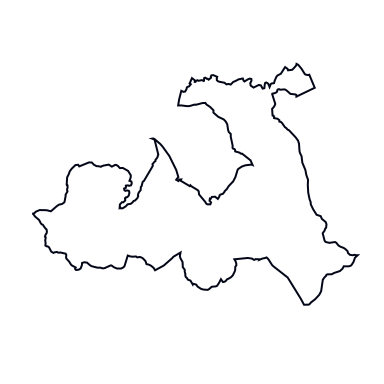 Xochiltepec, Puebla, Mexico, rotated 86°
{"feature_id": "50627088B32786455313367", "entity_name": "Xochiltepec", "entity_type": "district", "adm_level": 2, "iso_a3": "MEX", "parent_name": "Mexico", "parent_adm1": "Puebla", "projection": "albers", "projection_center": [-98.341, 18.653], "detail": "fine", "context": "isolated", "style": "outline", "palette": "ink", "viewbox_px": 384, "rotation_deg": 86, "n_neighbors": 0, "source": "geoboundaries", "source_scale": "gbopen_adm2", "svg_char_len": 5972}
<svg xmlns="http://www.w3.org/2000/svg" viewBox="0 0 384 384"><g transform="rotate(86 192 192)"><path d="M284.3,197.7L283.6,197.4L284.5,194.6L284.9,194.1L286.8,193.0L289.2,189.8L290.1,187.5L290.7,183.2L290.3,182.1L287.9,178.9L287.8,174.7L287.3,173.5L284.3,171.2L281.0,169.2L284.0,167.4L283.8,165.8L283.3,164.8L281.3,162.8L281.1,161.7L279.7,159.0L278.0,157.1L274.2,154.9L272.8,154.4L269.5,154.0L268.3,152.9L266.6,152.8L264.0,153.4L262.1,154.4L261.7,141.0L262.6,136.8L264.0,135.0L264.0,134.3L263.4,133.3L263.9,128.9L264.2,129.1L263.3,126.4L263.0,123.9L262.5,122.2L264.2,120.6L270.3,117.3L271.6,116.2L284.0,102.5L305.9,91.0L312.3,88.1L312.5,83.6L312.2,82.7L310.4,80.9L307.6,76.7L303.4,72.2L300.0,70.1L288.6,67.6L286.3,65.7L284.9,64.0L284.0,63.7L283.6,62.7L283.8,58.3L282.7,56.0L281.2,50.0L279.0,47.2L276.7,45.8L277.1,40.8L276.6,38.8L275.9,37.9L273.1,35.8L268.9,34.0L266.6,31.1L266.4,33.3L266.0,34.2L266.3,36.0L265.7,38.8L263.8,40.6L261.8,41.0L259.7,42.9L258.3,44.7L257.0,47.6L255.6,49.6L252.6,51.7L251.9,52.8L252.3,58.5L251.3,61.8L250.6,62.7L249.5,63.2L242.2,64.5L239.9,62.5L237.9,61.7L237.0,60.7L233.5,60.1L231.2,60.8L227.9,64.3L225.1,65.3L223.4,69.3L217.8,72.3L212.8,74.3L210.0,74.4L207.5,75.2L200.9,76.1L193.0,76.0L187.9,75.4L183.3,76.7L177.8,77.4L170.4,79.9L164.0,80.2L160.5,81.6L158.6,81.9L151.3,81.9L148.2,82.6L144.7,84.8L137.1,91.0L136.4,92.3L134.7,93.6L133.8,94.8L129.4,97.4L128.2,98.6L127.9,99.9L126.4,99.9L125.9,100.4L124.9,101.6L124.0,105.0L122.8,104.8L122.3,105.3L121.6,105.3L121.3,106.3L114.7,106.3L112.7,104.3L110.8,103.1L109.9,102.8L99.9,105.2L99.5,105.0L99.2,102.7L98.6,101.1L97.8,100.1L96.4,99.8L95.7,99.2L95.5,97.9L96.1,96.9L96.1,92.4L97.0,90.9L101.0,86.9L101.9,82.0L102.4,81.2L104.1,81.2L96.6,62.3L83.2,66.8L83.5,68.1L82.7,70.7L82.1,71.3L76.6,74.2L72.5,77.2L71.5,78.8L73.0,79.2L75.9,82.1L77.1,83.6L77.3,87.7L75.8,88.1L73.9,90.4L80.2,95.1L81.8,98.7L83.3,100.0L87.1,101.9L89.0,102.5L89.3,103.4L89.2,104.6L89.8,105.9L92.7,107.3L89.3,108.4L87.9,110.3L88.3,111.4L89.7,111.9L93.5,112.6L93.8,114.3L90.4,115.9L89.9,117.9L92.1,123.3L90.0,126.0L87.5,126.3L85.1,124.9L83.4,124.9L82.9,126.4L83.5,128.3L85.4,132.0L84.5,132.8L82.3,133.4L82.9,137.8L84.1,140.3L85.1,143.2L87.5,145.9L86.8,147.9L87.0,150.2L85.3,151.9L84.0,156.8L83.4,158.3L82.2,159.4L80.6,159.4L78.9,158.8L76.9,162.6L77.0,164.5L78.2,165.2L79.4,165.1L81.1,167.6L80.1,168.5L80.2,169.1L78.9,170.8L79.2,171.9L81.9,172.3L82.1,172.6L81.1,174.3L81.5,177.9L80.9,178.8L81.3,180.0L82.1,180.6L82.5,181.4L82.4,181.6L81.0,181.2L78.4,184.1L83.6,186.8L84.4,185.7L86.4,187.5L86.9,189.3L87.5,189.9L88.8,190.2L91.3,191.8L91.5,193.5L90.3,195.6L98.5,198.3L104.7,199.8L104.9,196.5L106.0,191.1L106.1,188.5L105.1,183.8L105.0,182.6L105.3,182.1L104.0,175.4L104.1,172.4L105.6,171.6L108.5,167.9L112.0,164.9L114.2,165.1L114.7,164.7L118.9,160.5L121.8,155.3L124.1,153.4L127.0,152.1L132.5,151.7L134.8,151.1L136.8,149.3L139.6,149.5L148.7,148.2L150.7,148.5L151.5,148.1L152.1,146.7L152.9,146.1L154.5,146.1L156.1,141.7L156.9,141.0L157.3,140.1L157.2,139.4L164.5,131.4L169.3,129.7L168.8,130.7L169.1,136.9L170.1,140.5L172.2,144.2L173.2,145.0L180.0,147.6L184.2,150.1L188.9,155.2L191.6,157.1L193.4,159.3L194.0,159.5L195.6,161.0L196.0,161.4L196.5,163.7L197.2,164.7L198.4,165.0L200.7,166.7L198.3,169.3L198.3,172.5L200.5,174.2L200.1,174.7L202.0,175.1L203.7,173.7L205.6,174.6L205.4,177.5L204.6,178.6L202.6,179.6L195.0,185.1L191.7,185.3L190.6,186.1L186.1,192.4L185.2,193.1L186.0,193.8L179.8,202.8L178.7,202.0L178.6,203.8L180.1,204.8L178.7,206.9L176.1,204.6L168.9,206.2L154.5,212.1L144.8,218.1L142.0,220.2L136.4,225.9L135.9,227.0L136.0,228.0L137.1,225.7L152.4,223.0L153.1,223.5L154.4,223.8L155.3,224.3L157.5,226.2L158.6,226.3L159.3,227.4L161.5,229.5L162.8,229.2L163.7,229.6L177.5,239.1L178.5,240.5L182.7,241.9L183.5,242.7L186.6,243.1L188.8,245.2L191.3,246.2L192.4,245.9L194.5,247.1L196.5,249.4L196.9,250.9L198.1,251.9L199.5,253.9L199.8,257.1L201.7,259.1L203.4,262.3L203.4,264.0L202.5,264.5L202.9,265.3L199.4,264.8L197.3,262.6L197.5,261.3L195.8,259.2L195.1,259.3L194.2,259.0L193.9,259.3L193.2,259.0L192.8,258.6L192.6,256.9L191.2,255.4L188.5,254.5L186.8,254.7L186.4,255.0L185.9,256.6L186.2,258.5L185.2,259.4L183.8,259.5L183.3,257.8L182.3,257.5L181.2,257.6L180.9,257.3L181.0,255.2L181.4,254.5L181.2,252.8L181.1,252.4L179.8,251.7L178.8,251.5L177.2,251.8L176.5,253.6L173.1,252.1L171.0,251.9L166.5,254.3L163.2,259.3L163.1,262.3L160.8,264.1L159.7,265.8L159.6,266.7L161.1,270.2L158.9,273.1L159.4,277.8L159.8,279.8L160.5,281.1L159.9,282.9L159.5,285.5L157.9,288.0L155.6,289.9L155.3,292.7L158.6,302.7L156.9,303.6L157.0,306.4L160.3,310.3L162.7,312.4L166.0,313.9L168.6,315.5L175.8,316.5L176.3,316.4L176.3,315.9L177.0,315.7L178.8,315.8L181.0,316.5L182.8,316.2L185.9,318.3L187.0,318.3L192.8,319.8L193.5,320.2L194.9,322.5L195.3,325.4L196.5,327.6L201.4,334.1L200.0,338.4L199.4,345.3L200.8,349.3L201.7,350.1L202.3,351.3L202.6,352.9L202.7,352.0L205.5,350.3L209.2,346.5L212.9,344.9L213.9,343.9L214.3,343.1L218.1,340.8L219.2,339.7L221.0,339.5L222.8,339.8L224.4,341.1L226.4,341.8L226.9,341.2L227.4,341.1L229.9,341.8L232.9,341.6L235.2,342.0L236.1,340.7L236.1,339.9L237.2,338.5L241.6,336.6L243.1,334.5L242.6,333.3L242.4,330.9L243.1,329.8L243.3,328.7L243.1,327.7L244.7,322.4L245.9,321.8L248.8,322.2L249.7,321.9L252.9,319.4L256.1,317.7L257.0,316.8L259.2,313.3L260.3,314.0L261.1,313.7L261.7,313.1L261.6,310.5L260.5,308.4L257.2,306.9L255.1,306.6L254.6,304.4L255.1,301.7L258.1,298.7L259.0,297.3L260.9,291.6L261.1,288.6L261.8,287.0L262.0,285.6L261.7,284.1L259.6,278.4L259.7,277.4L261.7,275.0L263.1,272.2L263.4,268.1L262.4,265.7L261.2,264.5L250.9,260.5L251.8,258.5L252.4,256.0L252.4,252.4L253.4,251.2L253.2,248.8L253.4,247.8L254.6,245.8L257.5,243.3L260.8,242.4L261.5,240.0L262.7,238.0L265.0,235.6L267.5,234.3L263.4,225.3L256.4,216.1L255.3,215.1L251.6,207.7L255.1,208.6L257.4,208.1L261.2,206.3L266.4,206.4L269.0,204.7L271.1,204.8L273.4,204.3L274.3,204.5L275.5,204.4L276.4,204.1L277.8,202.8L279.1,202.3L280.3,199.7L284.3,197.7Z" fill="none" stroke="#020617" stroke-width="2"/></g></svg>